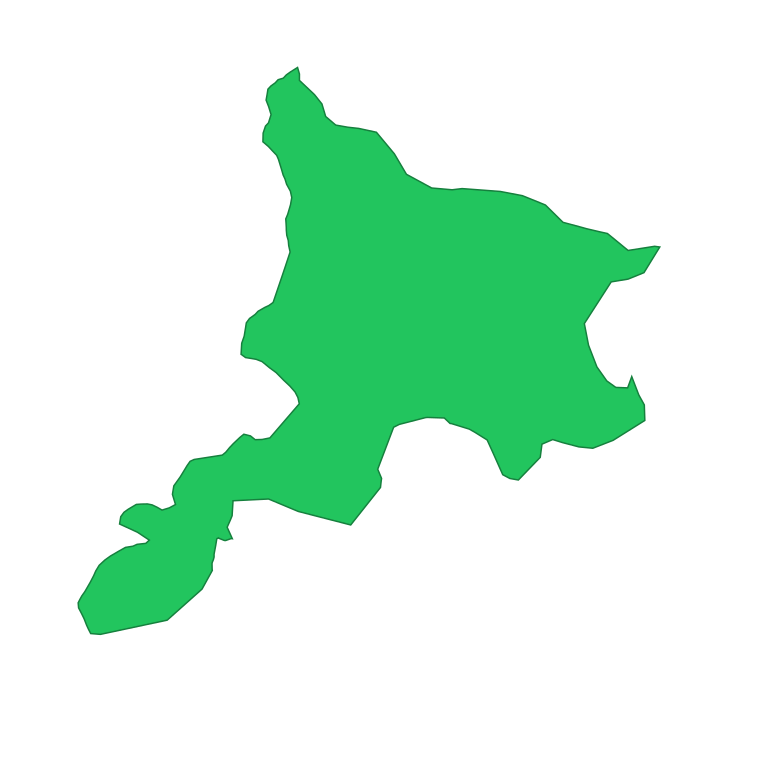 Ukwa East, Abia, Nigeria, rotated 190°
{"feature_id": "59680162B72042998542035", "entity_name": "Ukwa East", "entity_type": "district", "adm_level": 2, "iso_a3": "NGA", "parent_name": "Nigeria", "parent_adm1": "Abia", "projection": "albers", "projection_center": [7.459, 4.962], "detail": "fine", "context": "isolated", "style": "filled", "palette": "green", "viewbox_px": 768, "rotation_deg": 190, "n_neighbors": 0, "source": "geoboundaries", "source_scale": "gbopen_adm2", "svg_char_len": 2866}
<svg xmlns="http://www.w3.org/2000/svg" viewBox="0 0 768 768"><g transform="rotate(190 384 384)"><path d="M629.5,87.3L619.8,88.2L556.5,113.8L527.6,150.4L520.7,170.6L521.1,171.8L522.2,177.4L522.1,178.7L521.5,181.5L521.3,184.1L521.8,186.8L521.7,195.6L521.8,202.4L521.4,203.0L520.7,203.3L520.3,203.7L520.0,203.5L518.6,203.1L516.4,202.7L514.7,202.3L513.5,202.2L512.7,202.4L507.7,205.2L506.5,205.3L513.6,215.7L511.7,223.3L510.7,227.9L512.4,242.8L477.7,250.7L446.3,243.6L392.3,239.4L369.5,281.5L369.9,287.7L370.0,290.6L375.4,299.0L367.0,343.1L361.9,346.9L337.3,358.1L335.6,358.6L318.7,361.0L312.1,356.6L310.6,356.7L292.3,354.4L286.3,352.3L272.7,346.8L264.6,335.0L251.3,315.3L243.6,312.8L235.0,312.8L217.4,338.9L218.0,352.2L208.2,358.6L198.1,357.3L181.1,355.9L167.2,357.0L148.6,368.3L120.8,393.4L124.0,408.6L131.2,417.5L141.3,434.3L142.3,428.6L143.4,422.5L155.1,420.9L165.1,425.7L177.3,437.8L189.3,457.7L197.2,478.3L178.0,524.0L161.8,529.7L147.3,538.8L136.2,566.8L141.4,566.6L166.8,557.9L180.1,565.4L190.1,571.0L197.3,571.3L211.5,572.1L216.6,572.6L235.8,574.3L252.2,585.6L256.1,588.3L273.8,592.1L280.4,593.5L303.0,593.8L341.0,590.0L347.0,588.2L350.6,587.1L362.2,586.1L371.1,585.3L398.3,594.4L413.7,612.4L435.2,630.6L453.3,631.3L464.2,630.6L476.5,630.6L487.9,637.3L493.8,649.1L494.2,649.4L502.7,656.9L520.0,668.3L521.1,674.6L524.1,680.7L530.3,675.1L533.9,671.4L536.3,667.7L537.7,667.0L541.1,665.3L543.5,661.6L547.1,657.9L549.5,654.2L549.4,649.3L549.4,643.1L545.7,637.0L542.0,629.7L543.1,621.1L545.5,617.4L546.6,610.1L545.3,601.5L539.2,597.9L534.3,594.2L529.4,590.6L528.2,588.8L527.0,587.0L524.5,582.1L522.0,577.2L519.6,572.3L517.1,568.7L514.6,563.8L509.7,557.7L507.2,551.6L507.2,544.2L508.3,534.4L509.4,529.5L508.2,524.6L507.4,521.1L506.9,518.5L505.6,513.6L503.2,508.7L501.9,503.8L499.4,497.7L499.5,496.9L501.7,481.8L503.0,473.2L504.5,463.5L507.2,446.0L507.4,445.0L511.0,441.3L514.6,438.8L520.6,433.8L523.0,430.1L527.8,425.2L530.2,420.3L530.1,415.4L530.0,406.8L531.2,399.4L529.9,388.4L526.3,386.7L525.0,386.0L518.9,386.1L514.1,386.1L508.0,384.9L499.5,380.1L492.2,376.5L483.6,370.4L479.5,367.7L476.3,365.6L470.2,360.7L466.7,356.1L466.5,355.9L464.0,349.8L487.0,311.1L494.4,308.2L501.2,306.8L506.5,309.7L513.3,310.2L516.7,306.3L522.1,299.0L525.0,294.6L528.0,289.3L530.9,285.9L557.9,276.7L558.2,276.5L561.5,274.2L562.4,272.3L563.8,269.3L566.2,263.1L568.6,257.0L573.3,247.2L573.2,238.6L568.4,229.1L571.3,226.8L574.0,224.7L580.7,221.3L586.0,223.2L591.4,224.7L596.1,224.8L602.2,223.6L607.0,222.4L614.2,216.2L617.8,212.5L620.2,207.6L620.1,200.2L601.1,195.2L588.0,189.5L590.9,185.7L599.4,183.2L603.0,180.7L610.2,178.2L616.2,173.3L623.5,167.1L628.3,162.2L633.0,156.0L635.4,149.8L636.6,144.9L638.9,137.6L642.5,127.7L644.8,122.8L646.1,119.0L647.2,115.4L645.9,110.5L642.2,105.7L638.6,100.8L634.9,94.7L632.4,91.1L629.5,87.3Z" fill="#22c55e" stroke="#15803d" stroke-width="1.5"/></g></svg>